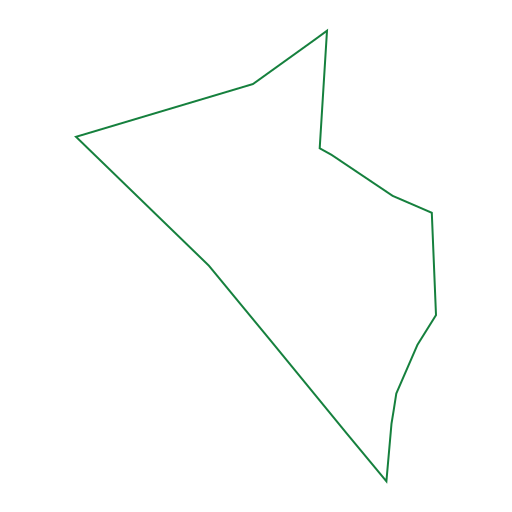 the district of Malhada dos Bois, Sergipe, Brazil
{"feature_id": "56859067B82307883528115", "entity_name": "Malhada dos Bois", "entity_type": "district", "adm_level": 2, "iso_a3": "BRA", "parent_name": "Brazil", "parent_adm1": "Sergipe", "projection": "natural_earth1", "projection_center": [-36.937, -10.335], "detail": "fine", "context": "isolated", "style": "outline", "palette": "green", "viewbox_px": 512, "rotation_deg": 0, "n_neighbors": 0, "source": "geoboundaries", "source_scale": "gbopen_adm2", "svg_char_len": 350}
<svg xmlns="http://www.w3.org/2000/svg" viewBox="0 0 512 512"><path d="M76.0,136.8L208.8,265.6L240.1,303.6L270.9,340.9L346.5,433.2L386.4,481.3L391.5,423.6L393.7,410.2L396.3,393.5L417.5,344.7L436.0,315.1L431.8,212.8L392.7,195.9L331.6,154.9L319.7,148.3L327.0,30.7L316.1,38.7L253.0,84.0L76.0,136.8Z" fill="none" stroke="#15803d" stroke-width="2"/></svg>